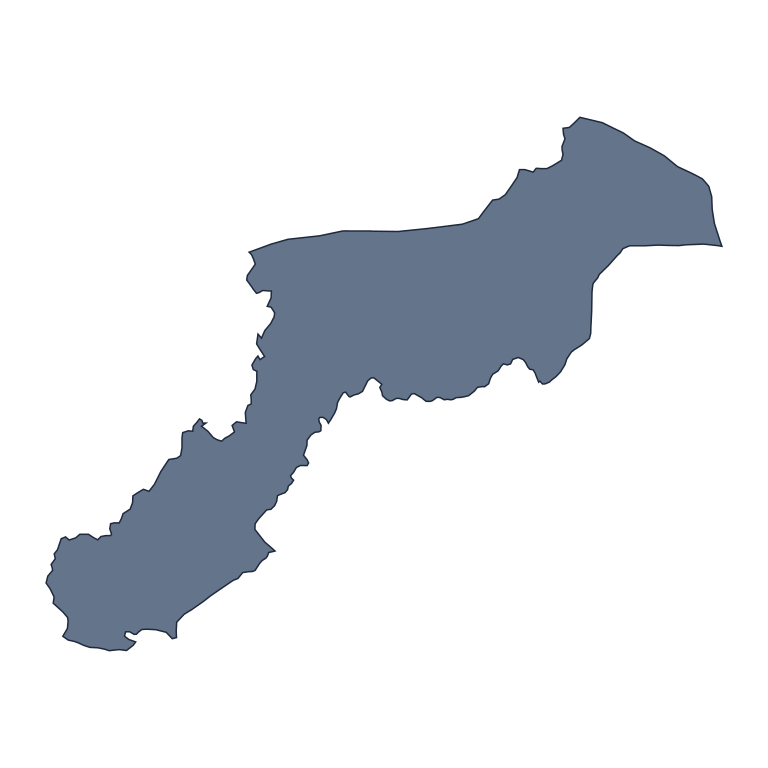 the district of Seekon, Sinoe, Liberia
{"feature_id": "62588387B87591253137556", "entity_name": "Seekon", "entity_type": "district", "adm_level": 2, "iso_a3": "LBR", "parent_name": "Liberia", "parent_adm1": "Sinoe", "projection": "mercator", "projection_center": [-8.669, 5.635], "detail": "fine", "context": "isolated", "style": "filled", "palette": "slate", "viewbox_px": 768, "rotation_deg": 0, "n_neighbors": 0, "source": "geoboundaries", "source_scale": "gbopen_adm2", "svg_char_len": 4672}
<svg xmlns="http://www.w3.org/2000/svg" viewBox="0 0 768 768"><path d="M589.5,119.6L583.6,118.2L579.9,117.3L574.8,122.4L572.0,125.0L569.4,127.4L567.4,127.7L563.0,128.3L563.5,134.2L564.5,137.3L565.0,138.7L563.5,142.6L562.0,146.5L562.1,150.0L563.0,154.4L561.5,160.3L558.1,162.4L552.9,165.6L546.9,168.6L540.5,168.6L537.3,168.3L536.1,168.4L533.2,172.1L524.9,169.6L520.7,169.6L519.5,169.6L517.1,177.5L514.4,181.5L512.2,184.8L505.3,194.7L499.0,199.1L492.6,200.1L486.7,207.7L484.4,210.7L483.8,211.4L482.7,212.9L478.4,218.7L462.3,224.2L433.2,227.8L426.6,228.6L398.3,231.5L372.9,231.2L369.8,231.0L348.8,231.0L347.4,230.9L342.6,231.0L319.1,235.9L313.4,236.5L287.9,239.3L270.8,244.2L267.7,245.4L265.5,246.2L249.1,252.2L251.6,254.7L253.3,258.6L255.3,264.1L251.3,269.9L247.4,275.4L246.7,280.0L250.9,285.7L253.4,289.4L256.5,293.3L259.3,292.5L262.6,290.5L271.4,291.1L271.1,297.8L267.2,306.3L271.1,307.2L274.6,312.7L274.2,316.7L270.7,323.5L265.1,330.2L264.8,330.6L261.5,338.1L258.0,334.1L256.6,343.9L260.3,349.9L264.6,356.5L260.0,359.6L257.9,356.0L255.5,358.9L251.9,365.1L253.3,369.5L257.0,371.4L256.8,373.4L256.8,381.4L256.2,383.9L255.0,389.1L250.8,394.8L251.2,399.5L251.2,403.9L247.9,405.5L245.3,412.5L246.1,423.3L243.1,422.9L236.5,421.8L232.1,425.5L234.5,431.9L229.5,435.7L224.7,438.3L221.6,441.2L216.8,439.6L213.3,437.6L207.8,431.2L201.5,426.2L205.9,423.1L202.8,423.1L201.9,420.4L199.5,418.9L196.4,422.9L193.4,426.2L192.7,431.2L188.3,430.8L182.7,432.6L182.0,437.6L182.0,447.8L180.6,455.6L176.8,458.2L168.8,459.5L160.9,471.4L154.5,484.2L149.0,491.3L143.4,489.3L137.2,493.0L132.9,495.9L132.6,502.5L130.2,509.1L123.1,513.6L121.4,518.6L119.2,522.9L113.9,522.9L110.6,523.7L109.8,528.8L111.5,534.1L110.6,535.6L105.8,535.6L101.0,536.5L97.7,539.8L93.8,537.8L88.5,534.3L79.8,534.3L75.8,537.8L69.1,540.0L65.6,536.9L62.5,538.2L61.2,538.7L57.5,549.7L54.2,553.9L55.3,558.7L51.1,564.5L52.2,567.8L52.6,570.4L47.8,576.1L46.1,583.0L50.2,588.9L54.1,597.0L53.2,603.2L62.8,611.9L67.0,616.8L67.6,617.4L68.1,621.2L67.4,628.5L62.8,636.3L68.3,640.1L74.6,641.5L78.6,643.0L83.8,645.4L89.9,647.4L98.0,647.8L104.6,649.2L109.4,650.7L112.3,650.3L119.3,649.6L126.5,650.5L128.7,648.8L133.3,645.2L135.7,641.9L128.9,639.5L124.5,636.2L125.6,631.8L129.8,631.8L134.1,634.4L136.5,634.2L138.4,632.1L141.9,629.5L146.7,629.2L155.9,629.7L166.2,632.3L172.3,638.7L173.0,638.5L176.5,637.6L176.2,631.0L176.7,622.2L184.1,614.3L192.0,609.4L203.6,601.3L210.7,595.7L217.1,591.3L230.0,582.5L233.3,580.3L237.9,578.5L242.7,572.6L248.4,571.7L252.5,571.5L255.1,570.4L259.7,563.3L262.2,560.5L265.7,558.3L267.4,556.1L268.7,552.5L272.4,551.7L275.0,551.0L272.1,548.4L264.8,542.1L259.8,535.7L254.9,529.4L255.1,523.8L258.6,518.9L266.7,509.9L270.9,509.3L274.6,505.7L276.7,501.2L277.5,495.6L281.1,494.1L285.1,492.6L287.6,489.6L288.3,486.1L291.5,483.5L293.6,480.2L291.4,478.0L290.5,475.8L293.8,472.0L296.4,467.5L300.4,465.5L307.1,465.6L308.6,463.0L307.1,459.7L303.5,455.2L306.9,445.6L307.1,440.2L311.0,434.9L314.8,432.3L318.9,431.8L320.8,430.8L321.1,425.4L319.4,422.3L318.7,419.2L319.7,417.5L322.9,417.3L326.4,419.5L328.4,423.2L330.8,419.6L334.6,413.1L336.5,408.7L337.6,402.4L339.9,398.1L343.2,392.8L345.5,392.1L348.8,396.3L350.1,397.0L354.2,394.9L358.3,393.9L362.5,391.4L364.7,387.0L367.7,380.9L370.9,378.1L373.7,377.7L381.8,384.3L380.7,386.1L379.8,387.4L381.9,392.2L382.5,395.7L386.3,399.2L389.6,400.9L392.3,400.6L396.3,398.4L399.1,398.4L403.3,399.6L407.2,399.9L411.5,394.0L414.3,393.6L421.9,397.9L423.3,399.1L426.1,401.3L430.1,401.4L432.5,400.6L437.0,397.3L440.2,397.6L444.2,399.8L447.4,399.3L450.9,399.8L453.3,399.3L456.2,397.6L460.4,397.4L463.7,396.9L468.6,395.7L474.4,391.1L477.5,387.3L482.2,386.6L484.6,386.7L488.6,383.8L490.5,378.1L492.6,374.3L497.8,371.1L499.1,369.4L501.2,366.0L503.5,363.8L507.2,364.9L510.6,363.9L512.7,359.4L518.3,357.5L523.2,359.6L525.5,362.4L527.7,366.7L529.7,369.2L533.1,369.8L535.1,373.0L536.8,377.6L538.7,382.2L539.9,381.1L542.5,384.0L545.1,383.9L549.4,382.1L551.6,380.0L555.8,376.8L560.5,371.9L564.9,364.8L566.2,360.8L566.8,358.9L571.2,352.2L574.3,349.7L581.9,344.9L589.4,338.6L590.7,333.5L591.0,324.0L591.1,323.4L591.7,310.9L592.0,292.0L592.1,291.1L592.8,284.7L593.6,282.8L597.7,277.9L599.3,274.4L608.4,265.5L617.1,255.7L618.6,254.3L620.0,253.0L622.8,248.7L626.9,246.9L629.7,245.8L644.5,245.8L658.3,245.1L666.9,245.4L679.0,245.6L685.8,244.8L696.5,244.4L703.7,244.1L717.5,245.6L720.6,246.1L721.9,246.3L719.9,240.6L714.4,223.4L712.2,209.4L711.7,196.6L709.3,188.2L708.8,186.3L708.2,185.6L706.1,183.1L703.3,179.9L702.4,178.9L698.2,176.6L692.2,173.5L677.5,166.6L664.3,155.8L651.1,148.4L650.0,147.8L634.6,140.9L623.4,133.0L613.5,128.2L602.4,122.7L589.5,119.6Z" fill="#64748b" stroke="#1e293b" stroke-width="1.5"/></svg>